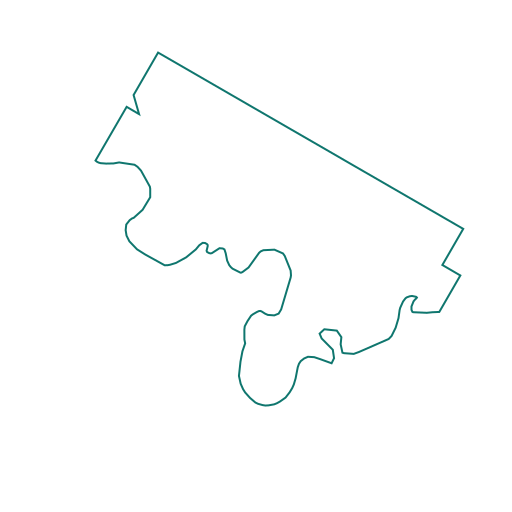 Love, Oklahoma, United States of America, rotated 30°
{"feature_id": "52423323B82795635342125", "entity_name": "Love", "entity_type": "district", "adm_level": 2, "iso_a3": "USA", "parent_name": "United States of America", "parent_adm1": "Oklahoma", "projection": "mercator", "projection_center": [-97.211, 33.894], "detail": "fine", "context": "isolated", "style": "outline", "palette": "teal", "viewbox_px": 512, "rotation_deg": 30, "n_neighbors": 0, "source": "geoboundaries", "source_scale": "gbopen_adm2", "svg_char_len": 1953}
<svg xmlns="http://www.w3.org/2000/svg" viewBox="0 0 512 512"><g transform="rotate(30 256 256)"><path d="M421.9,128.9L69.5,128.8L69.5,177.8L83.8,191.6L69.4,191.5L69.3,253.6L71.0,253.9L73.0,253.8L75.0,253.3L80.0,250.9L86.3,247.1L90.7,243.4L94.3,242.0L105.2,237.7L108.8,238.0L113.8,239.6L115.3,240.5L129.4,249.0L130.8,250.7L135.0,258.0L134.7,272.7L131.0,284.1L129.9,285.4L128.7,288.1L127.9,293.6L130.2,298.8L133.7,303.1L139.0,306.6L149.6,309.7L159.2,310.1L181.5,309.7L184.0,308.2L185.9,306.6L190.1,302.1L196.2,292.1L200.6,280.4L201.5,275.1L203.2,271.3L205.4,270.2L207.6,270.2L208.6,270.6L209.2,271.5L210.6,276.2L211.7,277.0L214.1,276.9L215.5,276.4L216.4,275.5L220.5,267.5L223.5,266.1L225.4,266.1L228.4,268.8L233.3,274.4L237.4,277.3L239.7,278.2L242.0,278.7L250.8,278.2L251.4,277.9L252.3,276.7L255.3,269.7L257.1,251.6L257.8,249.6L259.5,247.3L268.8,241.3L278.1,240.3L280.9,241.6L293.3,251.3L296.0,255.3L296.8,257.4L304.5,289.7L304.4,294.6L301.5,298.3L295.7,301.1L292.8,301.4L288.4,301.2L287.1,301.5L286.1,302.2L284.8,304.0L282.5,308.0L281.6,310.1L281.2,316.6L281.4,322.5L282.7,325.5L287.7,334.1L290.3,337.1L291.9,345.3L295.4,355.3L301.2,368.4L306.6,374.3L311.4,377.8L314.8,379.6L321.8,381.9L328.7,383.2L331.6,383.0L336.3,381.8L338.9,380.8L341.5,379.1L345.9,375.4L347.7,373.1L349.5,370.1L352.4,363.8L353.3,357.2L353.4,352.3L353.0,348.4L351.5,342.2L347.8,331.5L347.1,327.8L347.3,324.7L348.9,320.7L351.4,317.3L357.0,314.5L363.3,313.2L375.1,311.1L374.7,305.5L369.4,298.8L354.1,294.6L349.9,291.4L351.8,285.3L363.3,280.2L370.5,283.6L373.5,290.2L379.2,296.5L380.7,296.2L389.6,291.9L393.2,287.6L412.4,261.5L413.4,257.5L412.8,248.3L410.5,238.6L407.4,231.0L406.8,228.8L406.1,221.9L406.6,217.9L407.2,216.5L409.3,214.0L411.1,212.6L415.0,211.3L416.1,211.5L416.1,212.2L415.4,214.6L415.1,216.5L415.9,222.0L417.6,224.9L419.4,226.2L420.2,226.1L432.3,219.8L436.9,216.5L442.7,212.8L442.7,170.7L421.9,170.6L421.9,128.9Z" fill="none" stroke="#0f766e" stroke-width="2"/></g></svg>